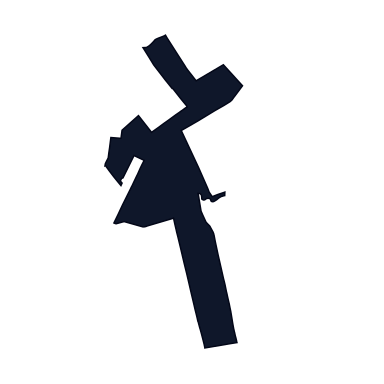 outline of Barbulesti, Ialomita, Romania, rotated 123°
{"feature_id": "2599482B7724523502847", "entity_name": "Barbulesti", "entity_type": "district", "adm_level": 2, "iso_a3": "ROU", "parent_name": "Romania", "parent_adm1": "Ialomita", "projection": "mercator", "projection_center": [26.592, 44.736], "detail": "fine", "context": "isolated", "style": "filled", "palette": "ink", "viewbox_px": 384, "rotation_deg": 123, "n_neighbors": 0, "source": "geoboundaries", "source_scale": "gbopen_adm2", "svg_char_len": 3077}
<svg xmlns="http://www.w3.org/2000/svg" viewBox="0 0 384 384"><g transform="rotate(123 192 192)"><path d="M150.0,253.0L156.4,255.4L164.0,258.4L157.1,278.5L178.3,284.3L184.8,281.2L185.3,280.9L185.8,281.0L190.5,289.7L199.8,285.2L204.8,282.9L208.9,280.9L209.3,280.8L213.3,280.4L215.4,280.1L215.7,280.0L217.3,279.3L216.9,279.1L217.1,278.7L219.4,272.7L221.8,266.0L223.7,260.2L225.3,255.1L222.6,255.5L221.8,258.1L219.0,258.5L217.8,257.6L193.0,260.5L191.5,249.4L192.0,249.3L196.8,248.8L200.6,248.3L206.7,247.3L208.7,247.1L211.0,246.8L215.5,246.2L219.0,245.7L221.3,245.5L222.5,245.3L240.8,243.2L250.8,241.8L255.6,241.2L260.5,240.6L260.4,239.9L260.0,238.4L257.0,235.7L254.6,233.6L253.7,232.6L248.0,214.2L247.4,213.3L246.2,212.0L244.8,211.0L224.0,193.2L225.5,191.7L227.8,189.4L230.4,186.7L232.3,184.7L233.9,183.1L237.4,179.3L244.7,171.6L255.7,160.1L260.5,155.0L263.4,151.9L268.6,146.5L277.0,137.8L285.6,128.8L288.7,125.6L292.9,121.1L295.2,118.7L296.6,117.3L297.0,116.9L296.9,116.8L301.9,111.3L301.9,111.2L305.9,106.7L310.4,101.8L313.1,98.9L315.3,96.7L315.8,96.3L298.5,77.5L293.8,72.3L293.4,72.8L292.9,73.2L290.4,75.8L288.9,77.5L287.7,78.7L286.9,79.5L286.5,79.9L286.1,80.4L285.7,80.8L285.0,81.5L284.4,82.1L284.2,82.4L283.6,82.9L283.1,83.4L282.9,83.6L279.8,86.5L276.7,89.3L275.6,90.3L274.5,91.3L271.0,94.5L268.3,97.2L265.5,99.9L263.8,101.7L260.3,105.3L258.6,107.0L258.0,107.6L256.8,108.9L251.9,113.7L249.7,116.0L247.5,118.4L240.0,126.1L230.5,135.9L220.8,145.6L216.1,150.1L215.9,150.4L215.4,150.9L215.0,151.3L214.7,151.8L214.4,152.2L214.1,152.6L213.7,153.4L213.3,154.1L212.6,155.4L211.8,156.9L211.0,158.3L210.8,158.9L210.7,159.4L210.4,160.8L210.0,162.5L209.6,163.9L205.3,170.7L203.1,174.0L191.5,184.6L189.9,186.2L189.5,185.5L189.1,184.7L189.0,184.1L189.2,183.1L189.6,182.3L190.0,181.9L190.4,181.6L191.2,180.9L191.8,180.5L192.5,180.0L192.6,179.8L192.6,179.3L192.6,178.7L192.5,178.2L192.3,177.7L192.0,177.4L191.3,176.9L190.7,176.7L189.7,176.3L189.2,175.9L188.6,175.1L188.2,174.5L187.9,173.6L188.0,172.6L189.2,171.1L189.2,170.9L189.3,170.5L189.1,169.9L188.9,169.4L188.6,169.0L188.1,168.6L187.4,168.2L186.2,167.6L184.8,167.0L182.8,166.4L181.6,165.9L180.0,165.1L178.5,163.8L177.8,163.3L177.2,162.6L174.2,164.4L175.4,165.3L179.9,168.9L184.9,172.5L182.8,177.5L180.4,180.8L168.0,199.7L146.3,234.5L128.9,225.6L111.4,217.2L102.3,212.5L100.0,211.4L95.3,209.2L92.9,208.6L89.7,208.5L89.0,208.4L75.4,207.5L68.2,235.0L96.5,249.1L92.1,261.9L90.9,265.0L90.4,265.9L83.8,280.5L76.3,297.0L74.9,299.7L75.3,299.9L76.2,300.3L76.8,300.8L77.5,301.2L78.7,302.1L79.8,302.9L81.0,303.8L82.2,304.6L83.3,305.3L84.5,305.9L86.3,306.1L88.0,306.4L89.5,306.7L90.9,307.0L92.2,307.4L93.4,307.8L95.6,308.9L97.6,311.7L101.8,302.7L105.6,294.7L106.2,293.5L108.3,287.6L111.7,277.9L112.5,275.7L116.0,265.0L115.7,264.4L120.0,251.8L122.6,243.6L122.9,243.0L123.0,242.6L123.3,242.4L123.6,242.4L124.0,242.7L124.5,243.0L125.4,243.4L126.7,243.9L127.6,244.2L128.9,244.7L130.2,245.3L132.2,246.0L133.1,246.4L136.0,247.6L142.6,250.1L144.2,250.7L148.5,252.4L149.2,252.7L150.0,253.0Z" fill="#0f172a" stroke="#020617" stroke-width="1.5"/></g></svg>